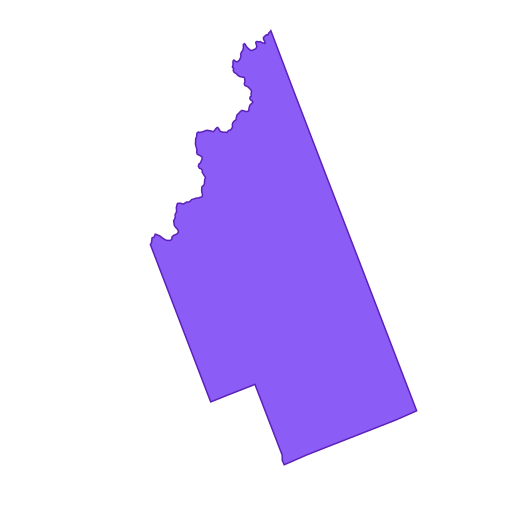 Glacier, Montana, United States of America, rotated 69°
{"feature_id": "52423323B15863349555914", "entity_name": "Glacier", "entity_type": "district", "adm_level": 2, "iso_a3": "USA", "parent_name": "United States of America", "parent_adm1": "Montana", "projection": "robinson", "projection_center": [-113.626, 48.654], "detail": "fine", "context": "isolated", "style": "filled", "palette": "violet", "viewbox_px": 512, "rotation_deg": 69, "n_neighbors": 0, "source": "geoboundaries", "source_scale": "gbopen_adm2", "svg_char_len": 2805}
<svg xmlns="http://www.w3.org/2000/svg" viewBox="0 0 512 512"><g transform="rotate(69 256 256)"><path d="M207.4,350.5L374.9,350.6L376.0,350.5L375.7,332.6L375.5,303.0L451.3,302.9L456.1,304.7L461.0,304.5L459.9,280.1L459.7,260.3L459.2,184.7L458.1,161.5L411.0,161.5L376.6,161.5L335.3,161.5L300.3,161.5L257.9,161.6L205.5,161.7L172.8,161.7L115.7,161.7L51.0,161.4L51.4,162.0L52.3,163.9L53.7,165.7L53.2,166.9L53.7,168.5L54.7,170.8L56.7,171.3L58.4,170.9L60.1,171.1L60.7,171.4L59.3,173.6L57.4,175.2L56.7,177.4L56.0,178.2L56.4,179.7L57.9,179.9L60.8,180.2L62.5,182.0L62.4,183.6L62.8,185.8L61.9,187.5L58.8,189.2L56.0,190.1L54.7,190.1L53.6,190.8L54.0,192.0L56.9,193.1L59.3,194.6L60.2,196.3L62.2,198.1L64.0,198.3L65.1,199.3L66.5,200.5L67.4,201.9L68.0,204.0L67.1,205.3L65.7,205.9L65.1,206.5L65.6,207.4L66.6,208.0L68.7,208.7L70.2,209.5L70.9,210.3L71.7,210.3L72.1,209.8L73.5,209.8L74.3,210.7L76.2,210.8L77.5,210.0L78.8,209.0L81.0,208.2L82.9,206.6L84.3,204.3L84.8,203.2L85.5,202.9L86.7,203.2L89.2,203.8L90.6,205.0L91.9,205.4L93.0,205.2L93.8,204.2L95.4,202.8L97.3,202.0L99.2,201.2L100.4,201.1L102.7,202.4L105.2,203.2L105.4,204.5L107.0,205.4L108.8,204.9L110.1,203.8L111.5,204.1L112.3,206.0L113.0,207.6L114.5,208.9L116.5,210.1L117.7,210.6L118.0,211.5L117.8,212.3L117.7,213.4L116.0,215.5L115.0,217.0L115.5,218.8L116.0,219.9L116.7,221.1L117.3,222.9L119.1,224.4L121.6,225.8L122.2,228.1L123.3,229.9L124.8,231.0L127.1,231.7L128.3,233.0L129.1,234.4L129.0,236.1L129.3,237.2L130.3,238.9L129.3,240.4L128.9,241.8L128.0,243.3L126.9,244.6L124.3,245.2L123.4,245.2L122.1,245.9L122.2,246.5L122.8,248.0L123.9,249.7L124.5,250.8L124.3,252.1L123.2,253.0L122.2,254.8L121.2,256.3L120.8,258.4L121.0,260.3L120.7,262.3L120.6,264.3L119.6,265.3L119.9,266.8L121.0,267.6L122.5,268.3L123.8,269.0L124.6,270.1L126.1,270.8L127.7,271.5L129.9,272.5L133.1,272.8L136.1,273.2L138.0,274.3L140.0,274.3L141.6,272.9L142.7,271.9L144.2,271.0L145.9,271.4L147.1,272.6L149.0,274.3L149.8,276.5L151.7,277.7L153.9,277.3L154.8,276.1L156.6,275.4L158.4,276.2L160.3,275.9L163.0,275.4L164.3,275.0L165.3,275.4L165.8,276.2L167.6,277.2L169.9,278.2L171.2,279.4L171.9,281.6L174.6,283.0L177.0,283.7L179.8,284.0L181.5,285.5L181.2,287.1L181.2,288.9L180.5,291.4L180.5,293.6L180.3,295.8L181.4,298.4L181.6,299.5L180.7,301.5L181.1,303.3L181.5,305.5L180.0,307.0L179.1,309.0L178.8,310.4L179.6,311.3L180.7,311.9L182.1,313.0L183.5,313.4L185.1,313.9L186.6,314.5L187.5,315.9L188.8,316.9L190.9,317.5L192.4,318.8L193.6,320.3L196.0,320.8L198.4,321.3L201.0,320.5L203.6,319.5L205.9,319.9L207.0,321.6L207.2,323.1L207.2,325.2L207.8,327.3L210.0,328.6L210.8,330.3L210.2,331.8L209.3,334.0L207.3,335.7L205.5,337.0L202.7,338.6L201.1,340.4L200.2,341.2L199.5,342.2L200.2,342.8L201.8,344.4L201.8,346.5L203.8,347.6L205.8,348.7L206.2,348.8L207.4,350.5Z" fill="#8b5cf6" stroke="#5b21b6" stroke-width="1.5"/></g></svg>